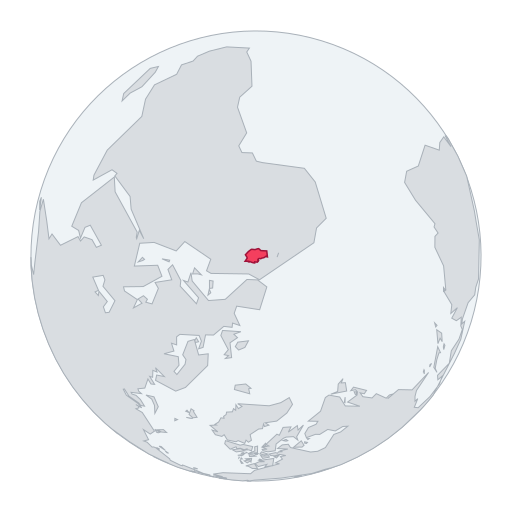 the Earth from above Béchar, rotated 197°
{"feature_id": "DZA-2148", "entity_name": "Béchar", "entity_type": "Province", "adm_level": 1, "iso_a3": "DZA", "parent_name": "Algeria", "parent_adm1": "", "projection": "orthographic", "projection_center": [-2.712, 30.267], "detail": "fine", "context": "on_globe", "style": "filled", "palette": "rose", "viewbox_px": 512, "rotation_deg": 197, "n_neighbors": 0, "source": "natural_earth", "source_scale": "10m", "svg_char_len": 10576}
<svg xmlns="http://www.w3.org/2000/svg" viewBox="0 0 512 512"><g transform="rotate(197 256 256)"><circle cx="256" cy="256" r="225" fill="#eef3f6" stroke="#a8b0b8"/><path d="M51.2,162.2L53.9,156.6L66.1,134.9L76.3,120.1L87.7,106.2L100.2,93.3L113.7,81.3L128.6,70.9L123.0,75.0L128.2,71.8L135.5,66.7L139.1,64.3L166.7,51.1L192.2,41.1L196.5,39.0L198.5,39.1L203.0,37.0L205.8,36.4L205.0,36.6L205.6,36.5L214.5,34.6L217.1,34.2L222.9,33.3L225.2,33.2L218.8,34.9L220.2,35.1L226.4,33.8L232.6,33.4L223.3,35.2L233.2,34.9L224.3,39.1L197.5,46.2L194.7,50.6L172.8,64.2L177.0,63.8L171.3,69.5L174.0,71.3L169.2,73.9L175.5,73.2L179.4,70.5L183.5,69.5L185.5,70.5L179.7,73.7L177.8,73.7L177.2,75.3L173.4,76.6L176.4,76.5L169.1,80.7L179.1,78.2L175.7,83.0L170.1,85.4L167.0,82.9L146.5,84.5L139.9,87.3L133.6,93.1L129.4,108.1L123.6,112.5L118.4,120.1L123.2,118.3L129.0,111.9L136.7,111.1L142.9,104.0L146.9,102.9L154.7,97.0L157.4,100.5L155.7,107.3L149.4,112.6L148.5,116.0L157.7,113.4L148.9,126.4L148.3,140.9L145.6,144.3L134.7,145.6L126.8,138.7L112.7,142.7L125.7,143.1L118.7,152.6L119.2,155.7L121.8,157.2L126.0,154.9L124.4,159.1L111.0,159.8L112.2,155.9L116.4,155.6L112.7,152.7L103.5,154.2L100.7,159.5L89.9,158.1L87.8,162.1L84.2,164.4L88.4,158.0L80.7,169.9L67.6,173.6L56.9,195.1L63.2,174.3L62.9,168.3L61.5,163.6L59.6,166.9L60.4,157.6L56.6,158.3L48.6,172.3L43.1,187.2L42.9,195.5L45.9,190.8L47.5,195.0L39.8,209.9L41.5,222.5L37.6,235.8L37.2,246.0L39.7,249.0L41.8,257.5L45.5,252.7L50.6,253.8L48.3,265.5L52.9,258.0L54.5,266.7L65.9,277.0L64.5,278.9L73.7,301.4L87.5,316.6L90.6,327.1L88.6,331.2L94.2,335.8L94.3,339.2L119.8,356.0L135.4,369.8L136.7,381.1L127.1,389.5L126.7,411.4L111.7,410.8L113.4,418.3L111.3,424.8L101.5,417.6L110.1,426.1L109.4,426.6L104.6,422.7L108.0,425.8L92.2,410.6L77.9,394.0L60.2,362.7L55.6,353.3L47.2,336.8L36.5,299.2L36.7,290.4L35.5,282.8L39.5,273.4L40.2,256.0L39.3,251.3L37.3,254.6L35.8,236.2L37.7,221.3L45.9,174.7L47.2,171.4L51.2,162.2ZM53.4,201.5L55.7,222.4L51.3,217.5L52.7,216.8L52.8,209.9L51.8,201.0L48.9,197.6L53.4,201.5ZM61.3,195.0L60.6,192.4L61.7,194.1L61.3,195.0ZM140.2,63.4L135.4,66.8L127.8,71.7L131.5,68.9L140.2,63.4ZM155.0,55.4L153.4,56.4L147.8,59.0L150.5,57.5L155.0,55.4ZM199.0,38.1L194.6,39.3L198.0,38.3L199.0,38.1ZM223.3,33.2L223.7,33.1L226.6,32.7L223.3,33.2ZM152.7,95.6L153.7,96.3L151.7,97.0L152.7,95.6ZM155.2,92.5L152.3,92.8L153.0,91.4L154.8,91.3L155.2,92.5ZM232.7,32.4L237.0,32.2L231.5,32.7L232.7,32.4ZM158.7,92.5L154.7,89.0L156.1,86.7L164.1,84.2L158.7,92.5ZM238.9,32.3L249.6,32.2L251.5,31.7L252.2,33.7L242.8,32.7L235.7,33.2L239.4,32.6L238.9,32.3ZM179.8,69.3L175.8,72.1L177.3,68.9L179.8,69.3ZM179.8,67.6L178.8,60.3L185.8,57.0L184.7,59.9L192.3,55.3L196.2,57.2L192.9,60.1L187.7,61.8L193.2,61.3L179.8,67.6ZM250.8,35.1L252.5,35.5L249.5,35.4L250.8,35.1ZM185.3,68.8L184.5,67.5L190.5,64.4L193.2,66.6L190.4,66.8L185.3,68.8ZM192.4,53.3L197.3,51.7L201.9,52.7L204.4,52.3L196.9,57.0L192.4,53.3ZM190.0,68.1L194.4,67.9L193.4,70.3L186.5,70.0L190.0,68.1ZM190.9,62.8L193.8,61.5L193.1,62.9L190.9,62.8ZM192.2,79.6L191.1,77.6L194.1,75.8L192.2,79.6ZM196.2,67.7L196.5,66.8L197.6,66.0L200.2,66.5L196.2,67.7ZM200.6,57.5L201.5,58.4L203.9,55.6L207.4,56.6L201.8,59.6L205.7,58.7L206.7,59.0L201.0,61.2L200.6,57.5ZM206.1,64.5L200.1,69.3L201.5,73.1L198.9,74.7L197.1,68.4L206.1,64.5ZM203.6,62.3L204.5,64.0L200.7,65.0L197.8,64.5L203.6,62.3ZM211.8,56.3L207.9,54.0L209.3,53.4L211.8,56.3ZM207.2,65.4L208.6,64.2L207.8,65.5L207.2,65.4ZM211.2,58.7L209.7,57.9L211.3,57.3L211.2,58.7ZM212.8,62.8L210.8,64.3L208.7,63.9L212.8,62.8ZM212.7,60.8L215.2,60.1L209.2,62.9L211.7,60.5L212.7,60.8ZM213.0,58.3L213.4,57.7L213.4,58.7L213.0,58.3ZM221.8,63.8L214.6,67.3L210.0,66.3L217.6,62.9L221.8,63.8ZM295.7,34.2L279.0,32.3L288.7,33.2L288.9,33.5L293.8,34.3L300.5,35.3L299.7,35.1L322.6,41.4L343.3,48.5L336.0,45.4L336.2,45.5L351.3,51.9L365.8,59.3L379.8,67.8L393.1,77.2L405.7,87.6L417.5,98.9L428.5,111.1L438.5,123.9L447.6,137.5L455.7,151.7L462.7,166.5L468.7,181.7L468.3,180.7L470.9,189.1L468.4,182.0L463.2,173.2L465.6,185.3L471.1,215.9L475.7,235.5L475.9,248.1L466.4,228.4L459.0,211.9L457.5,217.4L446.1,209.1L431.9,222.5L428.2,219.0L425.9,224.0L417.6,223.7L411.2,217.6L407.0,221.1L423.5,237.0L427.9,233.4L429.1,221.8L433.1,228.6L440.9,230.6L438.5,255.9L414.6,290.1L409.5,276.2L376.6,244.1L376.0,239.0L375.7,238.4L375.1,237.6L375.1,246.4L368.4,239.7L389.1,264.3L393.8,276.1L414.4,291.3L413.1,294.4L418.9,296.4L433.9,281.0L434.6,286.0L429.2,313.8L406.0,356.1L407.5,373.7L403.1,390.0L385.0,406.6L383.1,417.0L373.2,424.0L370.3,430.0L360.4,438.3L345.2,447.4L323.1,452.9L324.5,448.4L317.7,440.8L309.5,417.2L318.0,403.1L317.2,392.9L300.9,371.0L304.7,356.3L299.7,350.8L289.6,353.5L283.4,346.8L277.1,347.2L235.4,354.0L221.0,344.1L199.9,312.6L206.3,300.5L204.5,285.6L245.7,234.3L257.7,236.7L293.9,226.2L299.0,227.4L298.3,239.7L328.3,249.0L333.8,237.5L357.4,239.2L370.9,234.2L369.4,210.8L347.3,218.4L340.0,209.1L354.9,193.8L373.7,187.8L371.5,184.1L356.7,179.6L358.0,170.5L351.2,177.5L356.2,180.4L352.0,185.1L347.2,182.9L347.9,179.6L341.4,179.8L339.9,196.5L344.8,201.2L329.6,208.6L336.3,217.4L333.2,223.2L320.7,210.6L319.7,205.0L299.0,192.9L298.7,199.3L318.2,211.4L313.5,211.2L313.3,221.0L309.7,213.4L288.4,199.5L272.7,205.6L257.8,230.9L247.5,233.6L236.6,229.6L236.8,205.7L259.8,202.4L260.1,194.8L251.1,184.8L258.8,185.0L258.0,180.8L266.2,179.3L273.5,168.0L281.2,165.8L279.9,153.1L283.7,150.5L283.3,158.6L287.2,163.4L305.9,158.8L308.3,155.5L305.9,147.8L311.3,147.9L306.7,141.1L315.4,135.6L300.9,137.0L297.7,129.0L300.7,121.7L297.0,119.5L292.2,131.7L292.7,136.5L297.2,140.1L296.1,154.5L290.6,158.1L281.9,144.6L273.1,148.5L270.2,137.1L285.0,109.7L293.3,103.3L315.7,107.7L316.2,113.1L308.4,113.9L319.5,119.8L316.7,116.1L321.2,116.5L319.4,109.8L322.5,109.8L315.4,103.6L319.0,102.9L323.4,106.8L323.7,97.2L330.1,94.5L328.6,92.4L325.3,90.9L335.6,89.1L334.1,87.7L330.1,87.7L324.6,85.0L318.7,79.8L322.6,79.4L325.2,81.2L336.6,84.9L343.0,90.4L344.0,89.8L339.3,85.0L325.5,80.4L320.9,77.4L327.5,78.8L324.7,78.1L323.6,76.5L326.2,74.8L319.0,73.1L301.9,58.8L305.1,54.8L312.9,57.1L305.0,48.9L309.3,46.3L305.7,46.1L299.5,42.9L298.0,43.5L295.8,43.3L279.2,36.8L278.3,35.6L267.0,33.8L265.1,33.9L265.1,34.7L252.2,33.7L251.5,31.7L255.8,31.5L252.5,31.0L262.7,31.0L269.7,31.1L282.9,32.4L285.5,32.7L295.7,34.2ZM235.5,261.1L235.3,265.7L235.5,261.1ZM396.5,192.8L405.9,188.1L396.6,177.1L399.4,174.6L395.2,172.1L395.9,176.4L384.9,169.0L387.1,162.8L383.4,157.7L380.0,159.2L377.8,172.0L393.5,182.3L393.5,189.0L396.5,192.8ZM66.4,277.2L67.5,280.7L65.4,279.1L66.4,277.2ZM49.1,221.4L50.3,223.9L50.5,227.0L49.2,225.8L49.1,221.4ZM63.4,240.7L65.6,244.3L62.6,242.6L63.4,240.7ZM56.4,225.4L61.6,238.3L55.9,236.5L52.9,228.5L55.9,231.2L56.4,225.4ZM57.5,200.6L57.9,202.9L56.7,204.6L57.5,200.6ZM62.1,196.4L61.7,196.0L62.1,193.6L62.1,196.4ZM119.5,152.6L120.6,152.7L122.5,154.9L120.2,155.4L119.5,152.6ZM139.9,157.5L136.9,164.2L137.4,159.5L133.5,161.0L129.8,153.4L144.1,145.7L138.3,150.3L139.9,157.5ZM128.7,141.9L129.5,147.1L128.0,141.8L128.7,141.9ZM245.1,161.0L249.3,163.3L248.2,168.3L238.4,172.7L239.9,165.3L245.1,161.0ZM255.5,165.4L249.6,151.7L255.4,149.0L253.1,152.7L257.6,152.3L255.1,158.3L266.4,169.7L266.2,175.0L248.3,179.2L254.3,174.7L249.8,172.5L255.5,165.4ZM224.2,126.9L221.7,122.4L237.6,122.0L238.1,126.4L228.4,130.6L222.1,128.0L224.2,126.9ZM173.6,89.4L171.6,88.7L173.2,87.7L176.2,87.4L173.6,89.4ZM191.4,78.8L183.9,91.7L181.3,91.4L180.0,100.0L172.6,102.8L173.6,97.0L166.9,105.9L164.9,101.9L161.2,108.2L164.3,95.0L162.2,92.2L167.4,94.2L174.3,91.6L176.6,89.6L181.8,82.1L180.7,75.4L187.3,72.2L192.3,71.8L193.6,72.9L188.9,74.5L194.0,74.9L188.1,78.1L191.4,78.8ZM247.1,76.7L241.1,76.7L250.4,80.6L244.5,82.8L246.0,83.1L243.2,86.3L242.2,91.0L239.1,91.5L240.1,93.2L238.2,95.6L238.5,98.1L233.0,100.1L232.9,103.5L230.3,102.5L231.7,107.9L228.2,104.9L225.4,108.1L230.3,109.4L199.6,116.6L189.4,123.0L182.8,130.3L177.7,124.8L180.6,114.8L187.9,104.2L198.4,99.2L194.2,98.0L198.0,95.4L199.7,97.5L199.3,92.8L202.9,91.3L209.4,83.5L206.5,78.4L208.8,75.7L211.7,77.0L212.0,73.5L219.1,74.2L220.9,72.5L229.6,71.7L234.2,75.8L235.9,73.5L242.6,73.2L247.1,76.7ZM224.2,63.7L231.0,67.3L231.2,70.5L215.8,70.5L213.2,72.0L203.4,72.8L203.4,68.3L206.2,68.5L208.9,67.6L207.8,69.3L210.7,67.3L214.7,67.6L218.0,66.2L219.3,67.7L224.2,63.7ZM302.7,222.0L306.3,221.9L311.4,220.3L311.3,226.7L302.7,222.0ZM288.1,212.7L291.0,211.4L293.4,219.1L289.7,219.5L288.1,212.7ZM290.5,204.5L291.0,210.7L288.5,207.6L290.5,204.5ZM285.8,157.2L288.7,155.6L289.8,157.3L289.2,160.3L285.8,157.2ZM273.4,90.9L270.0,89.9L270.3,88.9L265.2,84.5L269.1,82.8L273.7,84.9L273.4,90.9ZM366.9,215.9L364.2,221.5L361.6,220.2L363.1,218.5L366.9,215.9ZM337.4,225.0L345.1,225.8L337.3,226.8L337.4,225.0ZM276.9,88.4L274.3,86.7L277.8,87.0L276.9,88.4ZM271.7,81.5L275.5,81.3L269.0,82.1L271.7,81.5ZM430.0,372.7L412.0,404.5L404.7,408.7L406.1,402.2L414.6,384.5L424.0,375.0L429.4,365.1L430.0,372.7ZM476.3,236.7L478.8,245.1L478.4,249.4L476.3,236.7ZM306.7,75.9L309.4,83.5L313.9,88.7L320.6,90.9L312.4,91.5L305.4,83.3L306.7,75.9ZM302.1,60.7L296.3,59.4L297.9,58.3L299.5,58.4L302.1,60.7ZM299.2,61.1L293.7,62.9L289.9,61.1L295.0,60.0L299.2,61.1ZM285.5,74.7L286.1,77.0L283.2,76.6L285.5,74.7ZM254.2,35.1L252.6,35.5L252.5,35.0L254.2,35.1ZM295.2,43.8L292.1,43.3L292.1,42.4L295.2,43.8ZM283.7,41.8L285.8,43.0L281.9,41.8L283.7,41.8ZM291.0,46.1L285.9,43.6L293.1,45.8L291.0,46.1Z" fill="#d9dde1" stroke="#a8b0b8" stroke-width="1"/><path d="M256.7,248.7L257.1,248.7L257.3,248.7L257.6,248.7L257.8,248.7L258.1,248.7L258.4,248.7L258.7,248.8L259.0,248.8L259.3,248.8L259.5,248.8L259.8,248.8L260.0,248.8L260.4,248.8L260.5,248.8L260.9,248.8L261.0,248.8L261.1,248.7L260.9,248.5L260.7,248.6L260.7,248.4L260.8,248.4L261.3,248.2L261.5,248.2L261.7,248.3L261.8,248.3L261.9,248.5L262.0,248.7L264.9,247.8L263.8,251.4L263.8,251.5L264.6,252.5L266.5,254.1L264.6,258.0L262.5,260.9L262.0,261.2L258.9,261.8L258.5,262.0L258.1,262.3L257.0,263.1L256.5,263.4L255.7,263.8L254.9,263.6L254.1,263.2L253.7,262.9L253.1,262.6L252.4,262.7L247.2,264.0L244.8,258.5L245.2,258.5L245.6,258.4L245.7,258.8L246.0,258.9L246.3,258.8L246.7,258.3L247.0,257.9L247.3,257.4L247.6,257.0L248.0,256.8L248.4,256.5L248.6,256.3L249.0,256.1L249.5,255.9L250.0,255.5L250.4,255.0L250.7,254.8L251.1,254.7L251.6,254.7L252.2,254.6L252.8,254.2L252.8,253.7L253.0,253.6L253.2,253.3L253.0,253.0L253.0,252.9L252.9,252.8L252.9,252.7L252.7,252.6L252.6,252.4L252.4,252.5L252.2,252.5L252.2,252.4L252.3,252.2L252.3,251.8L252.3,251.7L252.5,251.6L252.8,251.6L252.8,250.6L253.1,250.4L253.2,250.5L253.3,250.5L254.3,250.3L254.5,250.2L255.0,250.1L255.6,250.0L255.5,249.6L255.2,249.0L255.4,248.9L256.1,248.8L256.7,248.7Z" fill="#f43f5e" stroke="#9f1239" stroke-width="1.5"/></g></svg>